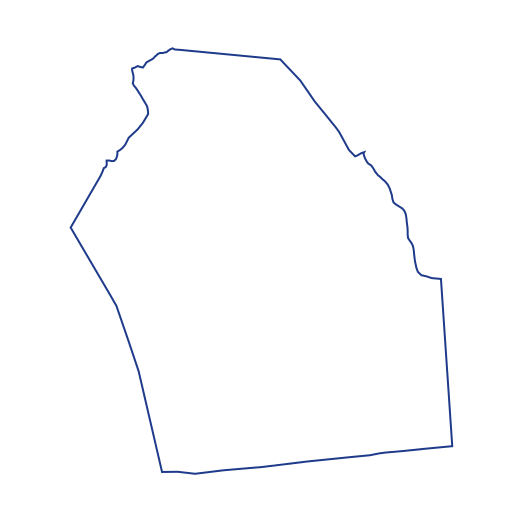 Suba South, Nyanza, Kenya (Mercator projection), rotated 266°
{"feature_id": "3690345B8693504737331", "entity_name": "Suba South", "entity_type": "district", "adm_level": 2, "iso_a3": "KEN", "parent_name": "Kenya", "parent_adm1": "Nyanza", "projection": "mercator", "projection_center": [34.175, -0.638], "detail": "fine", "context": "isolated", "style": "outline", "palette": "blue", "viewbox_px": 512, "rotation_deg": 266, "n_neighbors": 0, "source": "geoboundaries", "source_scale": "gbopen_adm2", "svg_char_len": 2006}
<svg xmlns="http://www.w3.org/2000/svg" viewBox="0 0 512 512"><g transform="rotate(266 256 256)"><path d="M450.4,294.1L466.8,195.4L467.7,189.3L469.0,187.2L468.2,185.0L467.1,183.1L466.3,182.0L465.5,180.8L465.4,179.0L465.0,177.3L465.2,174.4L464.4,172.1L463.0,170.6L462.2,169.3L461.5,168.6L460.5,167.7L459.9,166.7L459.1,165.2L458.0,162.7L456.6,160.0L454.4,158.5L453.3,157.5L451.9,156.3L452.7,153.6L453.7,151.4L453.1,149.8L452.3,148.1L452.0,146.7L451.7,145.5L450.1,145.4L447.8,145.7L445.5,146.2L443.0,146.3L440.7,146.1L438.6,145.7L437.0,145.1L434.5,146.1L431.7,148.1L427.8,150.3L423.5,152.6L420.9,153.8L416.7,156.0L412.9,157.8L409.3,158.3L405.1,158.3L396.8,152.5L390.6,146.8L387.6,143.1L382.9,137.3L376.1,133.3L373.1,130.4L371.0,127.4L369.8,125.0L367.1,124.8L364.9,124.2L362.4,123.1L360.7,120.9L360.7,118.7L361.5,116.3L361.6,113.6L357.5,113.5L355.2,112.3L354.2,110.2L352.2,109.4L349.6,108.1L346.7,106.5L297.3,73.1L276.3,83.5L254.1,94.5L227.7,107.6L215.9,113.3L179.3,123.1L165.4,126.7L149.2,130.9L47.1,147.2L46.2,162.9L43.0,180.0L44.5,208.7L45.0,241.1L45.0,245.3L45.2,249.7L47.4,292.0L48.1,314.1L48.8,336.3L49.3,355.8L50.5,365.2L50.9,371.8L51.0,377.5L51.2,389.3L51.9,410.5L52.6,438.5L220.2,438.9L221.7,429.8L223.6,425.1L224.1,423.7L224.5,422.4L225.3,419.6L228.9,416.4L232.9,415.2L239.9,414.2L245.4,413.9L249.6,413.8L252.8,413.6L255.8,413.0L258.6,411.7L261.0,410.2L263.4,408.9L266.9,408.8L269.8,409.0L273.2,409.1L275.9,409.0L277.0,408.9L279.1,408.8L282.9,408.7L287.4,408.3L290.7,407.1L293.0,405.5L294.6,403.4L295.4,402.3L296.0,401.5L297.9,398.9L299.9,396.9L303.7,396.0L307.1,395.8L310.7,394.9L313.7,394.2L317.9,392.5L321.5,389.9L323.8,387.5L326.0,385.6L328.0,383.4L331.8,380.7L334.6,379.5L337.4,377.8L338.3,377.2L338.9,376.5L340.4,374.4L342.4,373.1L344.8,372.0L347.3,371.1L349.9,370.5L350.8,370.4L352.0,371.2L351.3,368.3L349.3,364.3L348.5,361.8L355.3,356.1L373.5,347.8L378.1,345.0L386.8,338.9L390.0,336.7L406.0,325.4L428.0,312.4L449.6,294.6L450.4,294.1Z" fill="none" stroke="#1e3a8a" stroke-width="2"/></g></svg>